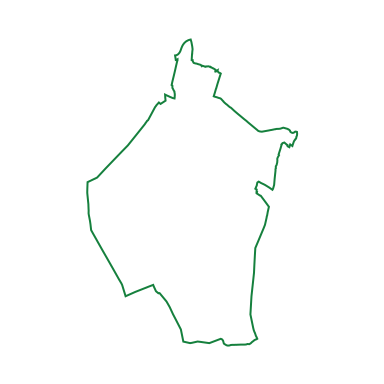 outline of Epe, Gelderland, Netherlands, rotated 286°
{"feature_id": "6326949B68676611805057", "entity_name": "Epe", "entity_type": "district", "adm_level": 2, "iso_a3": "NLD", "parent_name": "Netherlands", "parent_adm1": "Gelderland", "projection": "equal_earth", "projection_center": [5.999, 52.327], "detail": "fine", "context": "isolated", "style": "outline", "palette": "green", "viewbox_px": 384, "rotation_deg": 286, "n_neighbors": 0, "source": "geoboundaries", "source_scale": "gbopen_adm2", "svg_char_len": 5606}
<svg xmlns="http://www.w3.org/2000/svg" viewBox="0 0 384 384"><g transform="rotate(286 192 192)"><path d="M270.9,276.8L271.9,277.2L272.3,277.3L273.0,277.3L274.0,277.1L274.8,277.3L275.3,277.3L276.5,277.1L277.0,277.0L278.2,276.5L278.7,276.3L278.7,276.1L278.7,275.4L278.5,274.6L278.4,274.5L278.2,274.3L277.8,274.1L277.6,273.9L276.9,273.2L276.7,272.8L276.6,272.6L276.5,272.3L276.5,271.9L276.6,271.1L276.7,270.8L276.9,270.2L277.0,270.0L277.3,269.7L278.0,269.3L278.1,269.1L278.5,268.4L278.6,268.2L278.7,267.6L278.7,267.3L278.8,267.1L279.0,266.7L279.0,265.0L279.0,262.2L278.9,262.0L278.8,261.7L278.0,260.6L277.2,259.4L276.8,258.5L276.1,256.4L275.8,255.5L275.4,255.0L275.0,254.0L274.5,253.1L273.5,251.2L272.9,249.9L272.5,249.2L269.3,242.7L269.2,242.3L269.1,241.9L268.9,240.4L268.9,240.0L269.0,239.0L269.1,238.5L269.5,237.8L270.1,236.4L273.3,229.1L274.5,226.4L275.1,225.2L275.3,224.8L276.6,221.6L278.3,217.8L279.6,214.8L280.6,212.6L281.7,210.2L283.5,206.7L283.8,206.0L283.9,205.3L284.1,204.7L284.6,203.6L285.7,201.3L286.0,200.4L286.9,198.5L287.6,197.3L287.8,197.2L288.0,196.8L287.9,196.9L289.4,194.5L289.7,193.8L289.8,193.6L289.8,191.2L289.9,190.2L289.9,187.7L289.9,187.2L290.0,186.5L294.1,186.6L295.7,186.6L296.4,186.6L297.8,186.6L298.0,186.7L302.0,186.7L303.0,186.7L313.8,187.0L314.1,186.0L314.2,185.6L314.1,185.3L314.1,185.2L314.2,184.8L314.3,184.5L314.7,184.0L315.2,183.5L315.8,183.0L316.1,183.0L316.0,182.9L315.8,182.6L314.6,181.9L314.3,181.7L314.2,181.3L314.2,181.2L314.6,181.1L315.9,181.0L316.0,180.9L316.1,180.6L316.3,179.8L316.5,179.3L316.6,178.6L316.8,178.0L316.7,177.7L317.4,175.3L317.1,175.2L317.4,173.7L317.4,173.4L317.3,173.1L317.1,172.5L316.8,171.6L316.5,170.7L316.1,170.6L316.0,170.1L316.1,169.5L316.2,168.8L316.2,168.5L316.2,167.8L316.2,167.4L316.2,166.9L315.7,166.7L316.3,165.8L316.6,165.3L316.6,165.1L316.6,163.1L316.6,162.7L316.6,162.4L316.6,161.8L316.7,161.5L316.7,161.0L316.5,159.7L316.6,158.0L317.1,157.5L317.8,156.8L318.0,156.6L318.2,156.4L318.9,156.3L318.8,155.3L324.7,154.0L324.8,154.1L325.7,153.9L326.4,153.7L329.4,153.2L332.0,152.1L335.8,150.2L338.2,148.7L337.8,148.0L337.5,147.5L336.9,146.6L336.6,146.3L335.9,145.6L335.5,145.1L334.8,144.6L334.0,144.1L333.4,143.7L332.5,143.3L331.7,143.0L330.8,142.7L330.0,142.5L327.9,142.2L324.7,142.0L323.8,141.9L322.6,141.6L322.1,141.4L321.2,141.0L320.5,140.6L320.0,140.2L319.7,139.9L319.1,139.1L318.8,138.6L318.6,138.1L314.5,140.0L314.7,140.4L315.0,140.9L315.2,141.1L314.9,141.1L315.2,141.6L314.4,141.8L313.6,141.7L309.6,141.9L307.8,142.0L307.5,142.0L306.1,142.1L302.3,142.3L300.2,142.4L298.0,142.5L292.8,142.7L290.0,142.9L289.8,142.9L289.3,142.9L289.2,142.9L289.1,143.2L288.8,143.6L288.8,143.8L288.7,143.9L287.2,144.3L286.8,144.5L286.5,144.6L286.0,145.2L284.5,146.5L284.3,146.7L284.1,147.1L283.9,147.3L283.6,147.5L283.1,147.6L282.2,148.1L281.5,148.4L280.9,148.6L280.4,148.8L279.6,148.9L279.1,149.0L278.6,149.2L277.1,149.4L277.0,147.5L277.1,146.8L277.4,144.2L277.6,143.2L277.9,141.0L278.2,139.3L275.9,140.1L275.2,140.3L274.8,140.5L273.8,140.9L272.5,141.4L269.4,138.7L268.0,137.5L268.9,135.5L265.4,133.8L264.6,133.6L263.4,133.1L249.0,130.0L247.9,129.3L247.9,129.2L246.0,128.6L245.9,128.5L245.4,128.3L244.9,128.2L244.3,128.0L244.0,127.9L238.0,125.4L233.2,123.4L220.3,118.0L219.1,117.5L211.5,113.4L190.7,102.4L179.7,96.8L179.6,96.7L172.7,88.9L166.2,90.5L162.8,91.4L161.9,91.7L153.1,95.2L151.6,95.8L150.0,96.3L148.2,96.9L146.7,97.4L145.9,97.7L142.9,98.5L141.4,99.2L136.1,101.9L133.0,103.3L127.9,105.4L127.5,105.6L126.2,106.9L125.8,107.3L124.3,108.8L119.0,114.2L118.3,114.9L111.4,121.9L104.4,129.1L95.4,138.3L88.0,145.8L84.7,149.3L83.7,150.2L83.2,150.6L73.5,156.9L80.3,165.0L89.9,177.5L92.0,180.3L90.8,181.2L87.4,184.1L86.8,184.6L86.6,184.9L85.1,188.3L85.2,188.2L85.7,188.6L85.8,188.6L85.8,188.8L82.8,193.2L79.7,197.7L76.1,201.4L75.1,202.4L70.7,206.2L69.3,207.4L64.9,211.6L56.8,219.2L45.8,224.9L46.2,231.8L47.0,233.5L49.8,238.6L50.2,241.1L51.3,248.9L51.5,250.3L58.8,260.1L58.7,261.3L58.1,262.3L57.8,262.6L57.6,262.9L57.4,263.0L56.7,263.4L56.3,263.7L55.5,264.1L55.1,264.5L54.8,265.0L54.7,265.3L54.6,266.0L54.2,267.3L54.2,268.4L54.3,269.0L54.8,270.3L55.5,271.3L55.8,271.8L57.3,276.6L58.9,281.4L59.5,283.5L60.2,285.8L61.2,287.3L61.5,289.0L62.8,290.2L64.1,290.9L64.9,291.5L65.7,292.1L66.9,292.9L67.6,293.7L68.3,294.7L68.9,295.2L69.4,294.8L70.0,294.3L70.5,293.9L71.4,293.0L72.8,292.1L73.4,291.6L73.8,291.4L74.3,290.9L75.2,290.2L76.3,289.4L78.4,288.2L90.4,281.9L108.2,277.9L131.3,273.9L139.3,272.0L149.3,269.7L155.6,268.3L162.1,269.1L173.2,270.4L177.4,270.9L180.6,271.2L187.6,270.8L189.3,270.6L190.0,270.7L193.7,270.3L199.0,270.0L202.1,266.0L207.3,259.2L207.4,258.9L207.3,258.7L207.3,258.4L208.2,255.6L208.5,254.6L209.7,254.5L209.5,254.1L212.2,253.5L212.6,252.0L213.2,252.1L215.1,252.3L216.1,252.5L216.5,252.4L217.4,252.3L218.1,252.3L219.1,252.2L220.1,253.0L220.3,253.1L220.3,253.6L220.2,254.0L220.0,254.7L219.7,255.7L219.2,258.8L218.9,260.3L217.6,264.9L216.3,268.7L217.4,269.0L221.4,269.0L228.0,267.7L235.5,266.4L237.1,265.9L237.6,266.1L238.0,266.1L238.5,265.9L239.1,265.6L239.5,265.6L239.9,265.5L240.9,265.8L241.7,265.9L242.2,265.8L243.8,265.8L244.5,265.6L245.4,265.5L246.9,265.0L247.7,264.8L248.9,264.9L251.4,265.5L251.6,265.2L251.8,265.0L251.9,264.9L254.7,265.0L257.9,265.1L258.1,265.1L261.3,265.1L261.6,265.1L262.1,264.8L262.3,264.8L262.6,264.9L262.7,265.0L263.0,265.2L262.9,265.3L263.9,265.5L265.0,267.1L264.0,269.3L263.5,270.1L263.6,270.5L263.5,270.8L263.4,270.8L263.2,270.9L262.3,271.3L261.9,273.2L264.8,273.3L264.2,274.9L263.9,275.8L264.7,275.8L268.7,276.0L270.2,276.4L271.0,276.7L270.9,276.8Z" fill="none" stroke="#15803d" stroke-width="2"/></g></svg>